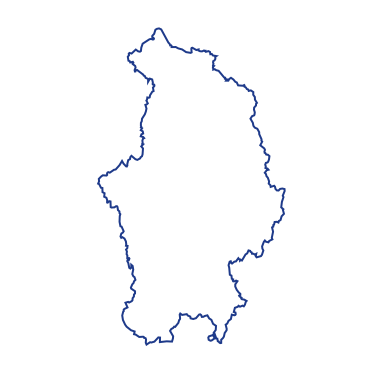 Tsaratanana, Betsiboka, Madagascar, rotated 8°
{"feature_id": "10022922B96360954496738", "entity_name": "Tsaratanana", "entity_type": "district", "adm_level": 2, "iso_a3": "MDG", "parent_name": "Madagascar", "parent_adm1": "Betsiboka", "projection": "robinson", "projection_center": [47.615, -17.138], "detail": "fine", "context": "isolated", "style": "outline", "palette": "blue", "viewbox_px": 384, "rotation_deg": 8, "n_neighbors": 0, "source": "geoboundaries", "source_scale": "gbopen_adm2", "svg_char_len": 6031}
<svg xmlns="http://www.w3.org/2000/svg" viewBox="0 0 384 384"><g transform="rotate(8 192 192)"><path d="M164.9,343.1L166.3,343.2L167.0,344.4L167.2,347.7L168.2,349.4L171.4,346.6L172.7,346.7L175.6,345.4L178.9,340.7L180.6,340.6L181.1,345.1L187.7,343.4L193.0,342.9L193.5,339.7L193.4,337.5L189.6,332.6L190.5,330.6L192.2,329.3L193.1,327.8L194.1,327.9L196.7,323.5L197.1,320.6L197.7,319.9L197.8,318.8L196.9,315.1L197.3,314.0L199.3,315.1L203.8,313.7L205.0,314.9L207.6,315.6L208.2,317.3L210.9,317.6L213.5,316.4L216.1,312.4L217.1,312.0L218.3,312.7L219.1,314.3L220.6,314.0L221.9,313.0L224.4,312.0L226.6,314.8L229.0,315.9L231.2,319.6L234.4,321.2L234.7,325.3L233.1,328.3L233.6,329.0L232.3,330.9L228.9,332.6L228.4,333.9L229.1,336.0L230.9,336.7L232.1,336.3L234.3,334.2L234.5,333.1L233.0,331.3L234.1,329.2L236.0,332.8L236.0,333.7L237.5,333.7L238.3,336.2L239.3,336.3L239.8,337.1L241.0,337.7L241.9,337.4L241.5,334.2L242.9,332.5L243.7,330.8L244.0,327.1L245.5,324.1L245.4,322.7L243.8,318.7L245.2,317.4L246.1,314.5L248.2,312.4L248.5,307.9L251.0,308.2L252.0,307.7L252.3,306.9L251.8,305.3L250.1,305.0L250.6,300.7L253.3,299.3L253.9,298.2L255.5,298.9L257.9,297.5L259.2,298.0L260.1,296.2L260.5,293.4L261.2,292.3L258.7,291.3L256.3,291.2L255.6,290.7L255.8,289.8L253.6,288.8L253.1,288.0L254.2,287.3L254.0,286.1L252.3,285.0L249.9,282.6L248.0,279.6L247.7,277.4L249.4,274.0L248.0,273.6L246.1,274.7L245.2,274.7L244.7,274.0L244.9,272.8L243.5,272.4L242.7,269.3L241.0,268.7L239.4,261.8L238.4,259.4L239.0,255.8L240.0,255.2L240.9,257.1L241.6,257.3L243.6,255.1L245.2,254.6L247.1,251.1L248.1,252.1L249.1,252.1L249.2,253.2L249.9,252.5L251.0,252.9L253.7,246.4L255.2,245.1L256.1,242.0L257.8,242.2L258.3,243.1L259.5,243.5L260.0,244.8L261.6,244.6L262.9,245.3L264.2,244.3L264.1,246.8L265.1,247.7L269.2,245.9L270.0,244.4L270.8,240.0L269.6,238.3L269.0,236.1L270.1,231.3L270.9,229.9L272.0,230.9L274.7,231.2L275.3,229.7L278.2,227.7L277.4,226.4L277.8,220.0L276.2,215.9L277.3,215.0L277.1,213.4L277.8,212.9L278.0,210.2L280.2,209.7L281.8,210.2L282.1,208.6L283.6,207.4L284.1,203.6L286.1,200.8L284.4,196.8L284.8,196.3L282.5,194.8L282.4,189.3L283.3,184.3L282.4,183.1L283.6,178.1L283.2,176.2L281.0,176.0L278.8,176.7L277.5,178.5L275.8,178.6L274.2,177.3L273.5,175.3L272.5,174.4L269.2,176.0L268.7,174.4L266.8,173.0L266.9,170.8L265.1,167.3L263.6,166.0L262.7,163.9L261.4,162.8L263.0,160.0L264.6,159.3L263.5,158.3L261.4,158.0L261.5,156.3L260.7,154.8L261.1,152.9L262.7,152.2L263.2,151.4L263.7,149.1L263.7,145.7L261.9,144.5L260.3,144.6L259.2,143.2L258.5,143.1L258.1,141.8L258.4,140.1L257.5,138.8L253.1,136.2L254.5,132.3L253.6,131.5L253.5,130.1L250.5,125.3L250.2,123.4L247.9,120.3L245.2,119.5L243.6,117.9L242.6,115.0L239.7,111.3L240.9,108.6L242.9,107.4L243.1,106.8L243.1,104.4L241.9,101.8L241.8,99.7L243.3,97.5L243.2,95.6L243.9,94.7L241.5,91.8L241.0,89.2L239.1,87.2L238.8,84.5L236.1,83.2L234.1,84.0L233.4,82.7L232.0,82.4L230.8,81.0L229.2,80.3L229.2,79.2L228.8,78.8L227.6,79.7L222.8,80.0L221.1,77.3L219.6,76.9L217.3,74.8L214.7,73.5L213.1,75.0L212.5,76.7L210.2,77.0L210.8,75.6L208.9,75.3L208.9,74.2L207.9,74.1L201.5,68.3L198.9,68.0L197.6,67.3L196.0,67.8L196.1,66.8L195.4,66.2L195.4,65.1L196.2,64.1L195.2,63.8L195.4,61.9L194.9,61.1L194.8,59.5L196.0,58.5L196.6,56.9L196.2,54.9L197.2,54.0L193.7,53.9L192.4,52.6L191.0,53.0L190.4,50.9L188.7,50.2L186.3,51.2L185.8,50.3L185.0,50.7L184.2,50.2L182.5,51.3L180.5,51.5L178.8,51.0L178.7,49.9L176.5,50.8L172.3,49.1L171.6,49.4L171.4,50.3L172.2,53.8L171.3,54.4L166.7,54.3L162.4,52.2L158.4,51.7L155.7,50.7L151.8,51.3L151.9,50.8L151.0,49.7L150.0,49.9L149.2,48.4L147.8,47.3L138.9,35.3L136.6,34.6L134.6,35.3L133.2,36.4L132.5,40.7L131.0,42.8L131.0,44.0L132.9,45.2L132.8,46.1L132.1,46.5L130.2,46.1L128.6,46.7L122.5,52.0L121.7,56.1L121.8,59.5L120.9,60.3L119.1,60.2L116.5,58.8L112.9,63.3L110.7,63.0L110.1,64.0L110.6,65.3L109.6,67.0L110.8,70.8L112.1,71.1L112.8,72.3L115.3,71.3L115.9,72.1L115.2,72.7L115.4,73.5L118.2,75.1L118.8,76.5L118.2,79.3L118.7,80.6L119.2,80.5L119.5,79.2L120.6,78.8L127.4,82.6L128.0,83.5L129.1,83.7L130.2,85.4L132.8,86.1L133.2,88.9L134.5,85.6L136.9,86.1L138.0,89.0L138.0,90.6L138.5,91.1L139.4,90.9L139.9,91.4L139.9,92.5L138.8,94.0L139.9,97.4L138.7,98.2L137.0,102.0L136.9,104.2L136.1,104.7L134.6,104.6L134.6,106.8L134.1,107.8L135.9,110.4L134.9,111.6L133.7,112.2L135.3,115.7L135.1,118.7L134.5,121.6L132.3,126.4L132.4,128.9L131.8,130.7L132.2,133.7L132.8,134.6L132.5,135.2L133.7,135.8L132.7,137.9L134.8,138.8L135.5,140.9L133.9,141.9L133.5,144.0L136.1,144.4L137.1,145.3L136.1,146.0L135.7,148.0L136.3,150.2L136.0,151.2L137.1,151.5L135.4,153.9L137.4,155.7L137.8,161.6L137.5,163.5L136.2,164.9L136.0,165.9L133.4,167.8L131.4,167.4L127.0,164.6L126.1,166.0L126.0,168.1L124.4,169.3L124.0,173.5L124.3,174.5L123.9,175.8L123.2,175.8L120.2,173.4L118.4,171.0L116.5,175.5L113.3,180.3L111.6,180.9L107.9,184.3L106.4,184.0L105.7,184.4L105.3,185.3L105.6,186.9L105.1,187.6L101.3,187.9L99.8,189.4L97.9,192.0L98.5,194.4L97.9,196.8L99.0,197.1L101.2,200.4L102.7,200.5L103.4,204.6L105.6,205.4L105.7,208.9L108.0,209.6L109.1,211.8L109.4,214.2L110.0,214.3L111.3,212.6L112.6,212.7L113.6,218.3L114.4,218.6L117.3,218.0L118.7,216.7L119.6,216.5L120.3,217.2L121.2,220.2L122.8,221.3L123.2,223.1L124.1,223.9L123.8,225.8L124.4,231.6L125.9,235.9L127.1,236.1L129.8,240.4L129.2,241.8L127.8,243.0L127.4,246.0L128.3,247.2L129.3,246.4L131.6,247.5L133.4,250.1L134.2,253.0L134.1,254.4L135.7,254.4L135.7,256.7L134.7,258.2L135.8,259.9L135.9,262.7L136.8,263.8L137.1,266.4L138.9,266.2L139.3,266.7L138.9,268.3L137.7,268.2L137.5,269.4L138.8,271.2L140.4,275.8L141.6,276.4L142.4,275.4L142.0,272.5L143.5,273.5L144.6,277.0L144.3,281.6L145.6,283.6L146.9,284.3L148.2,286.9L147.0,288.5L146.8,290.2L145.7,291.8L144.8,295.2L145.2,296.1L149.4,298.2L149.7,300.4L148.8,301.6L149.0,303.6L148.0,305.4L148.1,307.5L147.5,308.5L145.1,310.2L144.1,309.7L141.5,310.9L144.2,315.3L141.2,317.3L140.7,318.3L141.0,319.4L140.5,320.2L140.1,324.0L141.4,328.3L144.2,332.6L146.0,334.5L150.9,337.4L154.6,338.1L154.4,340.9L156.0,341.0L159.9,342.9L163.8,342.1L164.7,342.5L164.9,343.1Z" fill="none" stroke="#1e3a8a" stroke-width="2"/></g></svg>